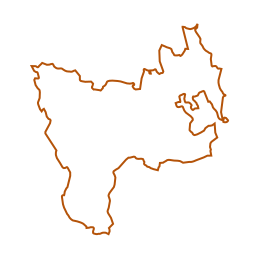 map outline of Bern (Mercator projection), rotated 93°
{"feature_id": "CHE-3424", "entity_name": "Bern", "entity_type": "Canton", "adm_level": 1, "iso_a3": "CHE", "parent_name": "Switzerland", "parent_adm1": "", "projection": "mercator", "projection_center": [7.53, 46.838], "detail": "fine", "context": "isolated", "style": "outline", "palette": "amber", "viewbox_px": 256, "rotation_deg": 93, "n_neighbors": 0, "source": "natural_earth", "source_scale": "10m", "svg_char_len": 5665}
<svg xmlns="http://www.w3.org/2000/svg" viewBox="0 0 256 256"><g transform="rotate(93 128 128)"><path d="M235.0,141.9L233.8,144.6L233.7,145.6L233.8,147.4L234.2,148.6L235.0,150.1L235.2,150.9L235.2,152.0L235.5,152.8L235.6,153.6L235.6,154.4L235.2,156.5L234.8,157.2L233.8,157.5L232.7,157.4L230.5,156.8L229.6,157.0L229.0,157.7L229.0,160.0L229.6,161.7L230.0,164.2L228.6,164.4L226.0,167.6L225.2,169.3L224.7,170.8L223.9,173.9L223.2,178.2L222.6,179.3L221.9,180.3L220.5,181.7L218.4,183.0L217.0,184.3L210.8,187.7L207.6,188.9L200.6,190.3L199.8,190.4L199.1,190.2L198.7,189.8L198.5,189.2L198.5,188.3L198.3,188.2L194.7,187.8L191.5,186.4L190.3,185.4L178.9,183.2L175.4,183.4L171.0,186.1L170.3,186.8L170.3,187.1L171.2,188.7L171.3,189.4L171.4,190.0L170.9,191.0L170.4,191.5L166.7,193.9L161.8,197.4L159.0,198.5L157.8,198.7L155.7,198.7L154.2,198.3L137.8,210.2L136.2,210.3L127.3,206.1L124.5,205.7L123.9,206.0L123.5,206.4L123.1,207.7L122.8,208.1L121.4,209.2L120.9,209.7L116.4,211.1L113.3,213.0L114.1,214.1L115.9,215.1L113.9,216.8L109.1,218.9L107.9,219.2L107.1,219.2L102.7,217.8L96.9,217.9L94.9,218.3L94.3,218.8L93.0,220.3L90.0,222.5L84.9,224.1L84.1,223.7L83.3,223.5L83.2,223.0L83.3,221.5L83.2,220.1L82.8,219.7L82.0,219.7L77.7,221.1L77.2,221.4L77.0,221.7L76.9,222.9L75.9,224.7L71.2,227.5L71.1,223.5L71.3,222.9L72.0,221.8L72.0,221.1L71.6,220.6L70.8,220.1L68.8,218.2L67.5,217.1L69.1,212.3L69.0,211.3L68.8,209.7L68.3,208.6L67.9,206.9L68.3,206.2L70.5,204.9L71.7,203.2L72.2,201.9L72.3,200.7L72.0,198.1L72.1,197.3L72.4,196.6L73.1,195.6L74.1,193.7L74.6,192.1L74.7,190.5L74.7,189.3L74.8,187.9L74.7,187.1L74.5,186.5L73.8,185.3L73.2,183.7L78.6,178.8L82.3,178.6L82.9,178.3L83.5,177.5L83.8,175.8L84.1,173.1L83.6,167.3L85.1,165.6L85.6,165.2L87.6,165.6L88.7,166.1L89.7,166.1L90.9,164.9L91.4,164.2L91.2,163.5L91.7,158.6L92.0,157.3L91.8,157.0L90.4,156.0L90.1,155.6L89.7,155.3L89.3,155.2L88.7,155.2L88.2,155.1L87.8,154.7L87.2,153.7L86.1,152.7L85.4,152.3L83.1,151.4L82.6,151.0L82.3,150.4L81.8,148.9L81.5,146.0L81.6,140.9L81.9,137.8L83.5,131.3L83.6,128.4L83.2,126.4L82.8,125.5L82.9,124.9L83.9,124.1L84.7,124.2L84.9,124.4L84.9,124.9L85.1,125.2L85.6,125.4L86.4,125.5L87.1,125.0L88.4,124.0L89.1,122.4L88.4,118.0L77.7,117.0L70.8,115.0L69.4,115.3L68.7,115.3L68.3,115.0L68.2,114.5L69.1,112.5L69.5,111.4L69.6,110.4L69.3,108.3L69.2,107.1L69.1,106.2L68.8,105.4L68.0,104.2L68.0,103.6L68.2,103.3L70.0,102.4L70.7,101.8L72.1,100.1L72.4,99.4L71.5,98.1L71.3,96.8L71.2,96.5L70.9,96.1L69.6,95.7L59.8,99.8L49.0,100.8L43.4,98.6L44.7,95.0L45.3,93.6L46.1,90.4L46.5,89.5L47.0,88.8L50.0,87.6L51.4,86.4L52.6,85.8L52.9,85.4L53.0,84.6L53.0,83.6L52.8,82.0L52.4,80.5L52.5,80.3L53.2,79.7L53.3,79.4L52.7,78.5L51.7,77.6L47.8,75.4L45.9,74.9L45.9,72.2L24.4,78.8L24.1,78.8L24.1,77.6L24.4,76.2L25.0,75.5L25.3,74.9L25.8,72.4L26.0,71.1L25.8,70.3L25.5,69.3L24.7,67.5L23.2,65.5L20.4,64.0L24.1,64.2L25.3,65.3L25.8,65.8L26.4,66.1L27.4,65.8L28.9,64.9L33.7,61.2L35.3,60.3L38.3,60.4L39.7,60.1L41.2,58.7L42.4,57.8L44.6,56.6L46.0,55.2L47.0,53.9L47.6,52.6L48.6,51.1L48.9,50.3L49.2,49.2L49.7,48.7L50.6,48.5L54.8,48.9L61.4,47.7L62.1,47.0L61.8,46.1L61.6,44.7L61.5,44.1L61.6,43.7L61.9,43.0L63.2,42.0L63.8,41.5L64.0,40.7L63.8,39.9L64.1,37.8L75.4,40.1L78.0,40.0L80.1,39.5L83.5,38.3L85.1,37.3L86.1,36.5L86.7,35.9L87.3,35.5L88.4,35.0L89.1,34.3L89.6,33.6L89.9,32.7L90.2,32.4L90.6,32.5L91.3,34.2L92.6,34.8L107.3,35.9L115.4,33.7L114.4,36.7L113.6,37.7L112.3,38.5L107.9,39.9L107.0,40.5L105.8,41.4L104.3,43.1L103.0,44.2L100.0,45.4L97.2,47.8L97.6,49.2L87.5,53.8L87.1,54.7L87.8,56.3L88.3,57.1L88.7,58.2L89.1,58.7L89.7,59.1L91.2,59.7L91.9,60.1L92.2,60.8L93.1,63.0L93.2,63.6L93.1,64.5L93.4,64.7L94.2,64.9L95.6,64.7L96.7,64.1L97.7,62.7L98.9,61.6L99.7,60.8L100.8,60.5L101.8,59.6L102.5,59.3L104.6,58.8L104.9,61.4L105.1,62.3L105.5,62.8L106.1,63.4L106.6,64.1L106.1,65.1L104.7,66.1L103.7,66.3L102.9,66.1L102.3,65.7L101.8,65.7L100.3,67.0L99.5,68.2L99.3,69.2L99.5,71.1L99.4,72.0L98.4,72.6L96.0,73.3L95.4,73.3L94.0,73.0L93.2,73.0L91.6,72.7L91.2,72.9L91.0,73.7L91.1,74.4L92.0,75.9L92.8,77.6L93.6,78.2L94.0,78.4L97.9,77.3L99.0,77.1L99.3,77.2L99.4,79.0L100.6,81.7L103.1,80.8L103.9,80.3L104.4,79.6L104.5,78.5L104.3,77.6L103.6,75.8L103.6,75.0L104.0,74.4L107.6,72.7L109.6,71.0L113.1,65.8L115.0,64.0L116.5,63.7L120.1,66.2L126.3,66.4L127.1,66.3L128.5,64.9L129.3,63.6L130.6,62.9L131.0,62.5L131.4,61.9L131.6,61.3L131.3,60.1L130.7,58.5L128.7,55.0L126.6,51.9L124.1,50.7L121.6,47.7L121.5,46.2L120.9,44.0L119.0,41.7L128.0,40.6L132.8,38.4L137.4,43.9L139.0,44.9L142.7,45.1L145.3,44.1L146.6,44.5L151.2,43.4L151.5,47.3L151.7,47.7L153.4,50.8L156.9,58.8L157.5,59.9L158.2,61.7L158.6,63.2L158.7,65.2L159.8,71.2L158.8,73.2L158.3,74.5L158.1,76.5L158.1,80.4L157.7,84.5L157.7,85.7L158.0,87.1L159.1,88.6L160.1,90.2L160.8,91.1L161.2,94.3L164.8,94.6L165.7,95.4L168.6,96.0L167.7,100.6L167.4,101.4L166.9,103.2L166.1,104.4L165.9,104.9L165.7,106.1L165.6,106.7L165.3,107.1L164.6,107.7L164.1,108.8L163.7,109.5L163.1,110.0L162.4,110.1L161.3,109.9L161.0,109.9L160.0,110.6L158.8,111.1L158.3,111.4L158.1,112.3L158.0,113.4L158.3,115.8L158.2,117.3L157.8,118.4L156.5,119.6L156.3,120.6L157.5,124.5L157.6,126.0L159.7,128.3L168.6,135.4L170.2,137.9L171.9,140.0L172.8,140.3L173.8,140.1L175.8,138.9L178.1,138.0L185.1,138.4L187.7,139.0L193.6,142.9L195.2,143.6L196.3,143.9L197.0,143.8L200.1,142.6L201.7,142.2L208.7,143.1L211.3,143.9L212.6,144.0L214.1,143.4L218.6,140.3L224.5,137.9L228.9,141.8L229.8,141.3L231.6,141.0L232.3,141.0L235.0,141.9ZM71.7,109.6L72.1,109.5L72.6,108.8L72.5,108.1L70.5,108.7L71.0,109.7L71.4,109.6L71.7,109.6ZM115.1,28.5L116.1,28.8L116.9,29.8L117.1,30.6L117.2,31.5L117.1,32.5L116.9,33.1L115.7,33.2L113.2,32.8L112.7,32.5L112.6,31.9L112.9,30.6L115.1,28.5Z" fill="none" stroke="#b45309" stroke-width="2"/></g></svg>